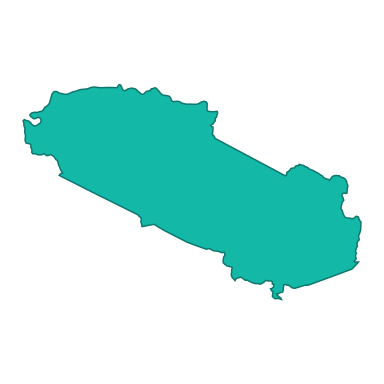 Manoel Vitorino, Bahia, Brazil (orthographic projection)
{"feature_id": "56859067B7566459319079", "entity_name": "Manoel Vitorino", "entity_type": "district", "adm_level": 2, "iso_a3": "BRA", "parent_name": "Brazil", "parent_adm1": "Bahia", "projection": "orthographic", "projection_center": [-40.553, -14.068], "detail": "fine", "context": "isolated", "style": "filled", "palette": "teal", "viewbox_px": 384, "rotation_deg": 0, "n_neighbors": 0, "source": "geoboundaries", "source_scale": "gbopen_adm2", "svg_char_len": 4976}
<svg xmlns="http://www.w3.org/2000/svg" viewBox="0 0 384 384"><path d="M33.8,112.4L31.4,113.1L29.8,115.0L30.7,116.5L32.0,117.4L33.3,118.6L35.1,118.7L37.2,117.7L39.1,117.3L40.2,118.4L40.9,119.5L41.1,120.9L40.6,122.6L38.5,124.2L36.5,125.5L34.8,126.0L33.4,125.5L32.0,124.5L30.8,122.9L29.6,121.6L27.8,120.8L25.8,120.3L24.3,119.6L23.0,121.0L23.9,122.7L23.9,124.3L24.0,125.9L24.9,128.1L24.8,130.5L24.8,132.6L25.3,134.5L25.5,136.1L25.2,138.3L25.1,140.1L25.5,141.9L26.3,143.2L28.1,143.6L29.8,143.8L30.8,144.6L31.1,145.8L30.8,147.2L31.5,148.9L32.0,150.1L31.7,152.3L32.9,153.9L35.4,153.7L37.5,154.7L39.4,154.9L41.9,154.7L44.3,153.6L46.3,155.6L48.3,155.5L50.7,154.4L52.2,155.5L53.5,156.3L54.7,157.5L55.7,159.4L57.5,160.6L58.0,162.6L58.6,165.1L59.4,166.5L59.9,167.8L60.4,169.2L61.0,170.5L61.7,171.7L62.6,173.0L61.2,173.5L60.0,174.1L59.2,175.4L89.2,190.6L136.5,214.1L138.1,215.0L139.2,216.4L140.9,217.8L141.3,219.8L140.9,221.6L141.2,223.0L141.7,224.6L142.0,226.6L152.6,224.6L153.9,224.3L163.9,230.3L187.3,242.3L191.6,243.9L193.4,244.6L206.5,249.3L207.9,248.7L210.0,248.8L212.1,250.1L213.8,250.8L216.1,251.0L218.4,251.4L220.0,252.0L221.9,252.7L224.1,252.2L224.8,254.0L224.9,255.3L223.7,256.9L223.4,258.8L223.1,260.7L223.2,262.7L224.1,263.6L225.1,264.6L226.6,265.7L228.5,266.4L230.6,266.7L232.3,267.5L231.7,269.5L231.6,272.4L231.3,274.1L231.5,275.9L232.1,277.3L233.5,278.9L235.0,280.6L235.6,279.3L237.1,278.1L239.0,277.7L240.5,277.0L242.9,278.4L244.3,279.5L245.5,280.4L247.2,280.1L249.7,281.5L252.2,282.6L254.3,283.3L255.8,283.7L258.0,283.5L259.9,284.2L261.7,283.6L263.5,282.4L264.8,281.5L266.0,280.4L269.0,281.1L271.2,280.9L272.3,281.7L272.3,284.1L273.9,284.5L273.7,286.1L273.1,287.5L271.8,288.5L270.6,288.7L271.5,290.7L273.0,291.9L272.7,293.8L272.4,296.4L273.9,298.0L275.1,298.7L276.8,298.6L278.1,298.5L279.6,298.8L281.4,299.4L280.6,297.8L279.2,296.9L277.5,295.2L276.5,293.9L277.9,293.8L279.3,293.0L280.5,292.7L282.6,292.0L283.3,290.1L283.3,287.8L283.7,286.2L283.7,284.8L285.6,284.4L286.8,285.2L288.5,285.3L289.9,286.0L291.0,287.1L292.7,288.0L294.9,288.3L305.3,285.1L307.1,285.3L309.0,284.9L331.1,276.8L345.9,271.3L351.9,269.1L355.4,265.5L358.5,262.0L356.8,261.9L355.3,262.4L354.0,261.4L355.5,259.9L356.2,258.6L355.5,256.4L355.7,254.5L356.5,253.2L355.3,251.7L355.9,250.2L356.2,248.4L357.4,246.2L357.0,244.2L357.2,242.4L357.9,241.2L359.0,240.2L359.2,238.8L358.5,237.0L358.9,235.1L359.5,233.6L360.1,231.8L360.7,229.9L360.7,228.3L360.9,225.7L360.8,223.7L361.0,222.0L359.9,220.8L359.1,219.4L358.7,217.8L358.0,216.7L356.3,216.2L354.9,217.3L353.5,218.5L352.0,218.7L350.2,218.2L348.5,218.0L346.5,218.0L344.9,217.0L343.9,215.5L343.1,213.7L342.6,211.7L341.8,209.8L340.8,208.5L341.2,207.0L341.5,205.3L341.8,203.7L342.5,201.9L343.8,200.3L343.1,197.8L341.8,195.9L342.4,193.7L344.0,192.8L345.5,193.5L347.0,193.1L347.1,191.4L347.2,189.1L347.9,185.8L346.9,183.4L346.6,181.2L345.2,179.0L343.6,177.9L341.9,177.4L340.6,176.8L339.3,175.7L337.7,175.7L336.4,175.5L334.8,175.6L332.9,176.2L331.6,177.3L330.8,178.8L329.5,180.3L328.5,179.4L326.7,179.0L324.9,178.3L323.2,177.2L322.3,175.9L321.1,175.2L319.8,174.4L318.3,173.3L317.1,172.6L315.2,171.7L313.0,170.4L311.2,169.8L309.3,169.0L307.9,167.7L306.3,167.0L304.8,166.5L303.8,165.5L302.3,165.2L300.9,164.9L299.2,164.3L298.3,165.8L296.7,165.6L295.4,166.2L294.5,168.0L292.6,168.0L290.9,168.5L289.9,170.1L288.5,171.3L286.8,172.5L286.6,174.4L285.5,175.9L214.9,138.3L214.4,136.4L213.4,135.4L212.3,134.6L212.6,132.8L212.9,130.5L213.0,128.7L213.0,127.0L211.5,126.5L210.5,125.6L211.6,124.7L213.4,123.7L213.9,122.4L214.9,121.5L215.4,119.8L215.2,118.1L216.5,117.3L216.9,115.0L217.6,113.2L217.3,111.4L215.4,111.5L213.3,111.8L210.3,111.6L208.9,111.4L207.5,110.9L206.9,109.2L207.1,106.6L207.2,103.4L206.1,101.8L204.1,101.3L202.3,101.7L200.7,102.3L199.4,103.2L197.6,104.1L195.0,104.3L192.7,104.2L189.4,104.1L186.8,104.2L184.6,103.8L182.6,103.4L180.6,102.3L179.3,101.6L177.3,101.3L175.5,101.4L173.6,101.7L172.1,101.1L171.3,99.9L170.6,97.8L169.4,96.4L168.1,95.9L165.9,95.5L163.9,95.3L162.6,94.9L161.4,94.1L160.3,92.9L159.1,91.4L158.0,90.2L157.1,89.1L156.1,88.1L154.5,87.8L153.0,88.6L151.3,88.8L150.2,90.5L148.2,91.0L146.4,91.4L145.0,92.7L143.5,94.1L141.9,94.3L140.8,93.5L139.3,92.3L137.9,91.1L136.6,89.8L135.3,88.9L133.3,88.4L131.2,88.1L129.5,88.6L128.1,88.8L126.4,89.9L124.9,90.8L123.1,90.1L122.2,88.7L121.5,86.6L120.6,85.1L119.2,84.6L118.0,86.0L117.1,87.6L115.0,87.7L112.8,87.5L111.3,87.5L109.8,87.5L107.7,87.5L105.8,87.5L104.4,87.6L102.7,87.7L101.4,87.7L99.8,87.6L98.4,87.5L96.6,87.3L95.0,87.1L93.3,87.1L92.0,87.2L90.0,87.8L87.9,88.7L85.9,89.0L84.1,89.3L82.4,89.3L80.9,89.5L79.5,89.8L77.3,90.7L75.6,91.3L74.2,91.5L72.5,91.9L70.6,92.9L69.1,93.5L67.5,94.2L65.3,94.3L63.4,94.0L62.1,93.6L60.7,93.4L59.0,93.0L57.9,92.1L56.5,91.5L54.8,91.4L53.4,92.2L52.2,93.6L51.4,96.2L50.7,98.6L50.1,101.0L49.7,102.6L48.6,104.4L46.9,106.1L45.1,107.1L43.8,108.8L43.0,110.4L41.5,111.2L40.2,111.6L38.7,111.9L37.1,112.5L35.4,112.3L33.8,112.4Z" fill="#14b8a6" stroke="#0f766e" stroke-width="1.5"/></svg>